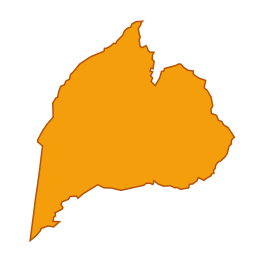 Aguas Buenas, Puerto Rico (Natural Earth projection), rotated 176°
{"feature_id": "32010507B96467798502033", "entity_name": "Aguas Buenas", "entity_type": "district", "adm_level": 2, "iso_a3": "PRI", "parent_name": "Puerto Rico", "parent_adm1": "", "projection": "natural_earth1", "projection_center": [-66.131, 18.251], "detail": "fine", "context": "isolated", "style": "filled", "palette": "amber", "viewbox_px": 256, "rotation_deg": 176, "n_neighbors": 0, "source": "geoboundaries", "source_scale": "gbopen_adm2", "svg_char_len": 1887}
<svg xmlns="http://www.w3.org/2000/svg" viewBox="0 0 256 256"><g transform="rotate(176 128 128)"><path d="M233.5,22.5L227.6,26.6L222.2,32.1L221.9,33.6L214.7,35.9L209.1,34.5L202.9,39.3L209.2,40.0L208.3,44.4L206.5,45.3L206.5,48.6L199.4,51.6L198.5,53.0L200.2,56.5L199.0,58.9L192.7,60.9L190.5,63.7L184.1,63.6L182.9,61.4L178.1,65.0L176.5,66.0L162.2,73.5L161.6,73.3L156.2,70.0L148.8,69.3L139.4,66.3L116.2,69.8L113.5,71.6L109.8,71.3L107.1,69.9L105.9,73.6L101.8,69.9L96.2,67.4L89.8,67.5L85.3,65.0L83.7,65.4L79.7,63.2L71.8,64.0L70.5,67.6L67.6,67.6L63.1,70.3L61.2,73.6L55.8,70.5L53.0,72.4L48.5,74.6L47.8,76.5L45.5,76.7L45.6,80.0L43.9,81.6L43.0,84.9L40.8,87.5L37.7,88.8L33.3,92.4L30.8,95.7L28.6,102.6L26.0,105.0L25.9,107.6L25.0,109.4L22.5,111.4L28.2,121.5L32.4,124.4L34.0,128.0L37.2,129.3L38.8,134.4L43.7,136.8L44.0,141.1L43.2,142.1L41.9,144.1L43.0,153.2L44.0,155.0L46.2,159.8L49.2,162.8L47.2,170.0L54.2,173.0L59.0,177.0L59.0,180.4L63.7,181.2L67.8,184.1L70.8,188.0L73.1,188.3L76.3,187.0L87.3,184.9L88.4,182.3L90.6,182.1L93.0,175.6L98.0,168.3L101.7,172.8L100.0,176.3L101.9,178.4L100.4,180.8L99.4,182.2L101.9,182.9L101.0,186.1L98.9,185.2L97.3,192.7L99.0,194.7L98.4,199.1L96.8,201.7L101.1,202.2L102.7,204.5L104.1,208.8L108.3,207.3L110.2,208.5L110.7,214.9L109.4,218.1L110.0,219.6L110.9,226.1L108.2,229.9L107.5,232.3L106.1,233.5L112.4,233.5L116.7,231.6L118.4,228.3L121.5,227.7L124.7,225.2L126.9,220.8L132.9,215.6L134.4,213.1L136.3,213.5L139.7,210.9L144.0,209.0L146.0,209.1L146.2,207.1L147.2,206.1L160.2,201.7L171.6,195.3L174.8,191.9L176.3,190.2L179.2,187.3L181.5,185.5L183.1,180.7L186.7,179.2L188.4,175.6L192.3,174.2L194.7,168.7L196.1,163.5L198.0,162.9L201.3,158.0L201.9,144.0L208.5,137.4L211.6,133.4L212.3,132.7L214.5,129.4L218.9,122.4L219.1,120.5L214.5,116.0L216.2,107.5L218.8,93.9L222.0,78.4L225.3,63.6L227.2,53.8L227.4,52.7L233.5,22.5Z" fill="#f59e0b" stroke="#b45309" stroke-width="1.5"/></g></svg>